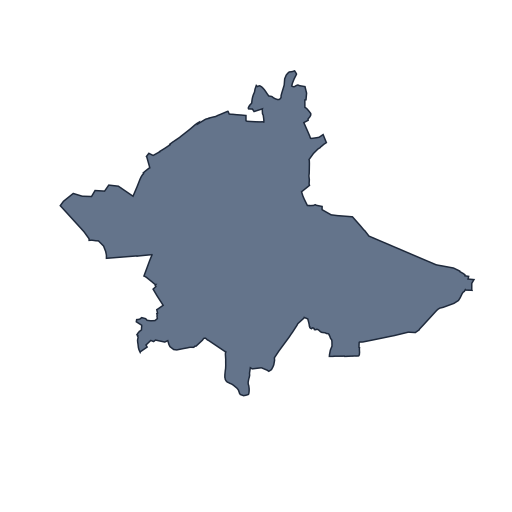 Saldus, Saldus, Latvia, rotated 139°
{"feature_id": "27541924B14554073945522", "entity_name": "Saldus", "entity_type": "district", "adm_level": 2, "iso_a3": "LVA", "parent_name": "Latvia", "parent_adm1": "Saldus", "projection": "orthographic", "projection_center": [22.489, 56.666], "detail": "fine", "context": "isolated", "style": "filled", "palette": "slate", "viewbox_px": 512, "rotation_deg": 139, "n_neighbors": 0, "source": "geoboundaries", "source_scale": "gbopen_adm2", "svg_char_len": 6084}
<svg xmlns="http://www.w3.org/2000/svg" viewBox="0 0 512 512"><g transform="rotate(139 256 256)"><path d="M357.1,158.8L355.8,158.0L354.3,157.2L353.0,156.7L352.5,156.5L352.1,156.7L351.3,157.2L350.3,158.1L349.3,159.1L348.2,160.4L346.6,162.8L345.9,164.4L345.3,165.2L344.7,165.9L343.5,166.9L341.8,168.2L340.8,168.8L339.2,170.0L338.4,171.0L337.8,171.8L336.4,173.0L333.6,175.4L332.9,173.3L325.5,168.3L325.1,167.8L322.5,162.5L322.0,160.6L318.9,160.1L316.0,161.2L314.0,162.2L310.4,165.1L308.9,167.1L301.0,169.3L284.4,173.0L282.2,173.6L280.8,174.0L278.6,174.5L270.6,176.8L268.9,177.5L260.4,177.7L259.9,178.0L258.2,174.6L259.9,171.1L261.0,169.1L261.8,168.0L261.7,167.4L262.3,166.8L262.3,165.9L261.8,164.7L260.6,164.8L259.8,163.6L259.8,162.5L260.2,162.2L259.9,161.6L258.9,161.0L258.1,160.8L257.3,159.3L257.0,156.4L256.4,155.1L254.1,152.6L253.7,151.3L252.4,149.9L252.3,148.7L252.7,148.3L252.8,147.4L253.8,144.8L253.9,143.0L254.9,141.5L257.8,138.1L260.0,137.0L261.6,136.2L265.3,133.3L266.5,132.1L263.6,129.6L262.9,129.2L255.9,123.2L255.1,122.7L255.1,122.2L254.1,121.3L253.0,120.5L251.8,119.5L250.6,118.6L248.3,116.7L247.5,116.1L245.8,114.6L244.3,113.4L243.7,113.3L243.2,113.6L242.8,113.7L241.1,115.3L240.1,116.6L239.0,118.0L238.3,118.7L238.0,118.9L238.2,119.5L236.2,121.7L234.8,123.1L234.4,123.2L231.9,121.1L223.5,116.3L206.6,106.8L204.0,105.3L191.0,98.6L186.0,93.7L181.2,93.2L180.5,93.6L175.4,94.1L155.4,96.4L153.2,96.4L151.3,96.0L148.5,94.5L137.7,90.4L132.4,89.6L129.4,90.5L125.0,92.4L124.3,92.6L123.0,92.8L122.0,92.6L120.1,93.3L120.1,93.0L120.1,92.8L119.9,92.5L118.8,91.5L116.0,88.9L115.5,88.4L115.2,89.1L111.1,93.8L107.0,95.2L111.1,99.5L108.9,101.1L111.3,104.0L110.6,104.9L111.1,106.5L111.1,106.8L112.4,110.5L112.1,110.9L114.8,117.3L122.1,126.5L124.3,129.2L125.9,131.3L157.7,196.9L157.3,203.8L157.5,204.8L157.4,209.7L157.5,222.3L160.6,225.5L168.0,233.0L172.3,237.8L172.6,238.7L173.9,242.3L175.6,247.2L175.7,247.6L175.5,247.9L173.6,250.0L177.2,254.7L177.6,255.8L178.3,256.1L179.4,256.4L182.6,258.9L182.5,259.0L184.1,260.4L182.9,265.0L182.2,267.6L181.2,270.7L181.2,270.8L180.8,271.6L179.5,274.6L169.3,274.2L168.7,275.5L165.7,278.6L163.5,281.8L161.6,283.5L159.5,285.8L155.1,290.7L153.2,293.0L152.7,294.0L145.4,295.7L139.5,296.1L138.8,296.1L136.4,295.7L135.6,295.9L134.1,295.8L131.4,295.8L128.5,295.4L125.9,303.0L125.7,303.6L130.5,304.2L132.5,305.4L135.8,307.5L137.0,308.4L137.6,309.0L137.4,309.9L136.9,310.9L135.4,315.6L132.4,325.3L127.6,324.2L127.0,325.1L126.6,325.3L124.1,325.7L122.5,326.3L122.1,326.6L121.5,327.2L121.2,327.7L121.1,329.5L121.0,330.9L121.0,333.7L121.1,334.3L121.2,335.0L121.6,336.1L116.8,341.7L115.8,341.1L111.0,345.7L107.9,351.7L111.4,356.0L111.8,356.8L112.2,357.6L113.1,358.0L114.1,358.3L115.5,358.5L116.1,358.7L116.7,359.2L117.2,360.0L117.5,360.9L115.0,362.6L111.1,364.6L106.2,366.6L105.9,367.1L105.4,370.4L107.5,371.3L109.2,372.4L110.2,373.1L112.1,373.1L114.5,372.7L118.1,370.9L122.6,366.5L129.9,361.9L131.7,360.7L133.1,359.2L134.5,358.8L135.8,358.9L137.0,359.8L138.3,362.0L139.1,364.2L139.3,365.5L139.6,366.2L141.4,368.4L141.1,371.7L140.9,373.0L140.8,374.0L140.6,375.9L140.6,377.8L140.7,379.2L140.8,380.0L141.5,382.0L141.8,382.2L142.6,382.6L143.8,383.0L143.9,384.5L147.2,382.6L149.2,381.0L149.6,380.7L150.2,380.4L152.3,379.4L154.1,378.3L155.6,377.2L156.9,376.1L159.0,374.2L162.2,373.9L162.4,373.5L163.0,373.5L163.7,373.3L164.4,373.0L165.0,372.3L165.1,371.9L162.3,369.2L162.7,366.3L154.7,362.9L154.9,362.8L157.7,359.2L157.8,358.9L158.0,358.3L158.1,357.8L158.3,357.3L160.3,354.3L161.3,352.9L162.3,352.0L163.4,353.4L164.1,353.8L167.1,356.5L169.3,358.6L173.8,363.0L174.4,363.6L174.8,364.7L171.4,368.6L173.2,370.5L174.7,372.1L178.0,375.4L179.2,376.7L180.3,377.9L182.1,379.6L183.1,380.7L182.2,383.5L182.3,383.7L183.0,383.9L183.1,384.0L187.7,385.5L190.5,386.4L192.4,387.1L195.1,387.8L196.8,388.8L200.9,390.9L201.0,390.7L203.4,391.9L204.0,392.2L204.9,392.4L205.3,392.5L207.7,392.9L212.9,393.8L211.5,394.4L213.6,394.8L216.3,395.0L222.0,395.0L226.6,395.2L234.3,395.6L235.8,395.6L243.7,396.6L247.7,396.9L247.8,396.3L254.2,397.1L260.2,398.1L260.3,397.8L267.7,399.4L269.5,403.8L273.4,403.0L273.4,402.5L277.1,394.7L278.3,392.2L279.3,392.5L281.5,392.6L284.8,392.7L286.6,392.7L286.8,391.9L288.7,391.7L290.7,391.1L293.0,390.1L300.3,386.3L309.6,381.8L314.1,399.0L320.6,406.1L327.7,404.3L334.5,411.0L341.1,408.8L347.9,415.1L352.9,423.1L365.4,423.6L370.7,422.4L369.9,387.2L370.7,378.5L371.7,377.3L369.7,375.8L368.6,374.6L366.9,372.6L365.0,370.8L364.5,363.5L366.5,358.0L368.3,354.8L370.4,352.4L345.8,334.2L345.9,333.9L345.7,333.8L343.9,332.6L335.3,326.5L334.1,325.5L333.9,325.3L333.7,325.3L333.7,325.1L338.9,322.5L353.7,314.4L353.3,313.6L353.0,312.7L352.7,311.7L351.7,306.1L350.8,300.6L350.3,300.2L351.3,300.0L351.6,298.6L355.4,298.5L356.8,290.9L358.4,279.7L364.2,280.3L366.1,280.6L367.8,277.4L368.7,277.6L369.4,276.0L370.1,275.7L371.5,273.5L374.6,273.5L377.9,276.1L380.4,278.9L380.4,281.1L382.7,284.5L385.1,284.6L386.4,285.3L387.8,286.3L389.5,284.9L387.7,278.8L388.4,277.9L389.3,277.1L390.9,275.4L392.0,275.4L392.9,275.5L393.5,275.7L394.3,275.4L395.5,275.3L396.8,274.9L397.3,274.8L397.6,274.7L397.3,273.5L398.0,273.1L398.1,272.4L398.4,271.9L400.0,270.7L400.7,270.1L402.1,268.2L402.6,267.3L404.8,264.1L405.3,263.1L405.7,262.3L406.0,261.4L406.3,260.4L406.6,259.3L406.0,259.6L397.9,258.7L397.4,261.0L390.8,261.3L389.4,258.6L387.0,258.5L381.3,250.9L378.1,250.0L379.8,246.3L380.4,244.0L379.5,239.4L377.4,237.1L371.4,233.7L367.7,231.5L366.5,230.9L365.2,230.0L362.9,227.9L361.5,228.1L360.3,227.3L351.7,227.6L350.1,228.0L349.1,228.0L348.0,227.0L347.7,224.4L347.4,223.9L347.2,223.4L342.4,205.5L341.7,203.3L342.4,203.1L343.5,202.0L344.5,200.7L345.8,199.0L346.8,197.7L347.8,196.6L349.0,195.2L350.7,193.2L352.8,191.0L354.2,189.8L355.7,188.4L357.3,186.9L359.1,184.9L359.6,183.9L360.2,182.9L360.5,181.2L360.4,179.7L359.8,178.5L359.3,177.1L358.4,175.4L358.0,174.0L357.7,172.6L357.4,170.7L357.1,169.0L357.1,167.7L357.2,166.5L357.6,165.4L358.1,164.1L358.6,163.0L358.6,162.3L358.7,161.7L358.3,161.1L358.0,160.5L357.5,159.7L357.3,159.3L357.1,158.8Z" fill="#64748b" stroke="#1e293b" stroke-width="1.5"/></g></svg>